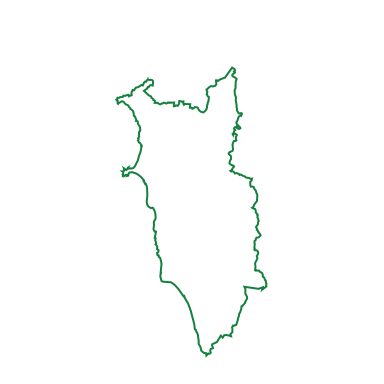 the district of Kaikoura District, Canterbury, New Zealand, rotated 125°
{"feature_id": "76426892B84594849147158", "entity_name": "Kaikoura District", "entity_type": "district", "adm_level": 2, "iso_a3": "NZL", "parent_name": "New Zealand", "parent_adm1": "Canterbury", "projection": "robinson", "projection_center": [173.63, -42.236], "detail": "fine", "context": "isolated", "style": "outline", "palette": "green", "viewbox_px": 384, "rotation_deg": 125, "n_neighbors": 0, "source": "geoboundaries", "source_scale": "gbopen_adm2", "svg_char_len": 6046}
<svg xmlns="http://www.w3.org/2000/svg" viewBox="0 0 384 384"><g transform="rotate(125 192 192)"><path d="M84.2,233.9L85.8,234.2L86.4,235.0L86.2,235.7L86.8,236.4L89.6,234.0L90.9,233.8L91.8,234.0L93.6,235.5L94.0,236.7L95.2,237.7L99.6,238.8L100.1,238.7L101.1,236.9L103.7,235.9L103.9,235.0L104.5,234.2L104.5,232.7L106.1,231.7L108.8,230.4L110.0,230.4L110.9,229.6L112.0,229.5L115.0,227.8L117.5,227.6L120.3,228.3L121.2,231.0L121.1,232.4L120.8,233.7L119.8,235.2L119.7,236.2L120.9,238.5L122.7,238.7L123.4,239.2L123.6,239.6L123.1,240.2L123.2,240.8L124.2,242.1L121.1,243.8L124.1,248.5L125.0,248.6L124.4,249.4L124.6,249.8L122.7,251.0L123.9,252.1L123.9,252.7L124.8,254.6L127.2,253.2L129.6,253.1L130.2,254.8L131.4,255.2L132.1,256.0L130.8,257.1L128.9,258.0L131.8,261.5L131.5,261.6L132.5,263.1L133.9,263.5L134.5,264.2L134.5,265.3L135.0,266.4L136.7,267.1L136.9,267.6L138.4,268.3L138.7,269.1L138.7,271.5L139.2,272.3L139.8,272.5L140.0,273.5L140.3,273.8L138.7,274.6L138.5,275.4L138.8,276.5L138.1,277.1L138.1,279.4L137.2,280.2L137.6,283.0L136.7,289.4L133.1,288.1L131.5,288.5L131.2,287.6L129.3,287.7L128.3,287.3L127.3,285.3L126.9,285.8L125.4,286.2L123.5,287.5L123.2,289.1L123.5,289.8L124.4,290.8L125.4,292.7L125.2,292.9L128.1,292.9L128.6,293.9L130.1,294.0L133.0,293.4L133.3,294.8L137.1,296.3L138.8,297.9L142.0,297.8L142.5,298.5L142.3,299.0L142.7,299.2L144.7,298.6L145.5,299.1L145.2,298.7L147.4,296.9L149.0,298.3L149.7,298.5L148.8,299.7L149.4,300.5L150.0,300.6L150.8,301.6L151.6,301.9L152.5,303.5L153.4,303.1L154.4,303.7L155.4,305.2L156.5,305.7L157.5,307.1L158.5,306.6L159.8,307.0L160.1,306.2L159.9,305.2L162.1,303.7L162.2,303.1L161.1,303.3L160.5,302.6L158.7,302.0L157.7,301.2L157.4,300.0L158.2,296.7L157.7,294.4L157.8,293.5L158.5,292.7L158.6,291.0L159.4,289.9L159.1,288.9L159.7,286.3L160.6,285.6L160.9,284.9L162.7,283.6L163.0,282.7L162.8,282.4L164.2,279.9L164.9,279.0L165.8,278.7L165.3,278.1L165.4,276.8L166.6,276.0L167.5,274.7L168.2,272.5L170.8,269.9L171.5,270.0L172.3,269.5L173.3,269.7L175.6,268.1L176.3,267.9L177.0,267.0L179.0,266.9L179.2,266.1L180.8,265.9L181.1,264.9L181.8,264.0L181.8,262.4L182.4,260.9L184.3,259.3L184.0,259.2L189.2,257.0L192.6,256.2L197.5,254.4L203.9,253.5L206.0,253.8L207.1,254.6L207.7,255.7L208.5,256.2L208.6,257.5L209.0,258.2L208.5,258.3L209.0,258.5L210.1,257.9L210.5,258.4L211.6,258.3L211.8,259.5L212.2,259.7L211.6,260.4L211.6,261.4L212.0,260.8L212.8,260.6L213.1,259.9L214.5,260.1L215.0,260.8L215.0,259.7L217.0,258.7L217.5,258.8L217.9,258.0L218.7,257.7L218.6,257.1L216.0,256.1L215.6,255.6L216.3,254.9L215.7,254.8L215.7,254.3L214.8,254.3L214.8,253.8L213.0,254.6L211.6,254.2L209.8,251.8L209.6,250.5L209.1,249.5L208.7,246.9L208.9,242.7L210.0,238.2L210.3,237.7L210.8,237.9L212.2,235.1L211.7,235.0L211.8,234.5L213.3,232.3L215.8,230.1L220.7,226.4L225.6,223.8L227.9,221.6L228.9,219.3L228.9,217.9L228.7,216.3L227.5,215.4L227.5,214.6L229.1,211.5L230.8,209.6L233.8,207.1L235.4,206.4L237.8,206.3L239.2,205.6L240.4,204.5L244.7,202.1L245.8,199.9L245.1,199.2L245.2,198.7L251.2,196.1L251.4,195.2L251.2,195.0L252.6,194.4L254.6,191.9L255.8,191.9L255.9,190.7L256.8,189.0L258.8,187.9L258.7,186.7L258.9,186.0L260.5,185.2L261.9,185.7L263.4,184.3L263.0,183.2L263.4,182.5L264.2,182.1L264.2,180.4L266.6,177.4L268.8,175.5L276.4,171.2L276.2,171.0L279.2,169.7L282.3,166.0L282.3,164.7L278.1,157.6L277.9,154.8L278.2,152.0L279.2,147.7L282.3,139.1L281.6,138.9L281.8,138.4L282.2,138.2L283.4,136.1L285.8,130.9L290.0,124.9L299.0,114.3L302.9,110.9L302.7,110.0L302.9,109.4L304.1,108.1L304.2,107.3L305.6,105.3L310.6,100.7L312.2,99.8L313.0,98.8L313.8,96.6L316.7,93.3L317.0,90.0L316.0,88.0L317.7,86.4L315.1,86.1L315.2,85.6L313.7,84.5L312.7,84.6L311.7,86.0L310.7,86.5L309.7,86.5L307.9,85.2L305.9,87.8L305.1,88.1L300.6,85.5L293.1,86.0L293.7,83.3L291.0,83.5L289.7,82.3L288.3,79.2L287.8,77.3L286.6,78.9L283.6,78.6L281.2,80.2L279.8,81.6L277.9,81.7L277.9,81.2L276.6,80.6L276.1,79.7L275.2,79.6L270.1,81.2L269.7,81.6L266.6,82.5L264.4,83.6L263.1,83.5L259.3,84.7L257.2,85.9L256.7,85.4L252.2,84.9L251.8,85.3L247.5,85.8L246.2,86.9L244.7,89.9L240.6,92.9L239.6,94.7L233.1,81.9L229.5,79.4L231.8,78.5L226.7,76.9L225.9,77.8L224.5,78.3L223.9,79.5L222.2,80.8L222.2,81.8L220.7,83.7L220.8,85.4L219.0,86.7L218.1,88.5L218.5,90.9L217.9,91.9L219.4,94.1L219.2,94.8L219.9,95.0L219.8,95.6L217.3,96.8L214.1,99.5L208.9,100.3L207.3,102.2L205.2,102.3L203.6,103.0L202.7,104.6L202.9,106.1L203.6,106.9L203.5,107.9L202.1,108.3L201.8,109.0L198.5,110.8L198.0,111.6L196.4,112.6L194.7,112.3L193.6,112.9L192.5,113.0L190.9,111.4L188.3,110.9L187.6,112.0L187.1,113.3L187.2,113.9L186.5,114.9L186.6,115.4L185.7,116.3L185.8,117.3L184.6,118.0L184.0,119.5L180.5,119.5L178.5,120.7L177.4,120.8L176.6,122.1L176.0,122.4L175.3,123.9L173.7,124.6L173.6,125.2L172.8,125.4L172.2,128.0L170.6,129.2L169.8,130.7L170.3,132.1L170.4,133.7L168.6,133.2L166.7,133.8L162.1,133.6L156.9,136.8L155.5,139.2L154.5,140.1L153.3,143.5L152.6,144.1L152.9,145.7L153.8,146.7L153.3,147.9L150.4,150.1L148.5,149.8L146.6,150.5L147.7,151.6L147.7,153.1L149.2,156.1L148.9,157.7L149.5,159.2L149.7,162.0L150.8,162.8L150.3,163.8L150.9,166.3L152.2,167.4L151.6,169.6L151.8,170.9L152.8,171.8L152.6,172.7L151.4,171.9L149.7,172.3L146.9,172.2L146.7,172.8L147.4,176.3L147.0,177.8L144.8,178.8L142.8,178.9L141.0,180.0L140.2,180.9L139.9,183.5L139.2,184.2L137.9,184.1L135.0,182.4L133.5,182.9L129.8,186.1L128.0,186.7L126.2,186.9L125.1,185.5L124.1,185.3L123.1,186.7L121.7,187.6L119.6,187.9L119.4,189.9L119.9,190.9L120.6,191.2L121.8,190.8L121.1,192.1L119.6,191.7L117.7,192.4L116.5,192.1L116.1,193.9L114.8,194.2L113.9,193.4L112.8,193.1L112.8,192.6L113.8,191.8L113.9,191.2L113.2,189.4L112.0,189.0L111.4,189.8L111.6,190.9L110.9,192.0L111.0,193.6L109.7,195.6L107.3,195.8L103.7,196.9L101.7,196.3L101.3,195.4L99.2,196.1L99.0,196.7L100.6,198.4L100.8,199.0L99.2,202.2L97.9,202.9L97.1,204.1L95.6,205.0L91.7,208.8L89.1,210.4L87.5,212.8L84.5,215.3L82.0,215.9L76.5,219.5L73.9,220.2L73.5,222.1L73.9,225.0L73.5,225.8L72.7,226.3L69.6,225.3L69.3,225.6L69.5,226.3L69.3,226.8L67.7,226.5L66.9,227.7L67.3,230.1L66.3,230.5L79.2,230.5L84.2,233.9Z" fill="none" stroke="#15803d" stroke-width="2"/></g></svg>